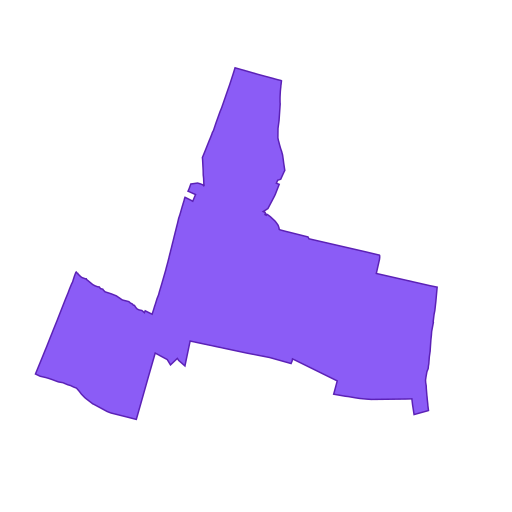 Rediu, Galati, Romania, rotated 100°
{"feature_id": "2599482B99590991527572", "entity_name": "Rediu", "entity_type": "district", "adm_level": 2, "iso_a3": "ROU", "parent_name": "Romania", "parent_adm1": "Galati", "projection": "robinson", "projection_center": [27.841, 45.712], "detail": "fine", "context": "isolated", "style": "filled", "palette": "violet", "viewbox_px": 512, "rotation_deg": 100, "n_neighbors": 0, "source": "geoboundaries", "source_scale": "gbopen_adm2", "svg_char_len": 5342}
<svg xmlns="http://www.w3.org/2000/svg" viewBox="0 0 512 512"><g transform="rotate(100 256 256)"><path d="M363.1,442.6L368.0,443.6L372.2,444.5L378.6,445.8L382.5,446.6L385.1,447.2L393.1,448.9L410.5,452.7L411.9,447.7L412.2,441.8L412.5,439.1L413.1,435.2L414.0,430.5L414.3,428.8L414.3,425.6L414.3,424.0L414.8,422.1L415.5,418.9L415.8,416.0L416.2,414.7L416.7,412.9L417.3,409.8L419.8,406.7L422.3,404.0L425.2,400.0L426.0,398.6L428.4,394.0L430.0,391.0L430.1,390.3L434.7,376.5L435.0,375.6L435.5,373.1L435.8,371.5L437.0,354.7L437.7,345.5L423.1,344.0L394.5,341.1L369.1,338.4L373.4,325.4L378.1,321.3L370.5,315.7L371.2,315.0L372.2,314.1L376.6,306.9L376.4,306.9L351.2,306.1L352.9,257.1L353.2,248.6L353.6,225.0L355.8,202.8L353.1,202.2L351.0,202.2L352.0,198.6L360.4,169.8L364.9,154.3L378.6,155.5L378.6,143.6L378.4,140.6L378.4,133.9L378.3,129.1L377.7,122.0L377.2,117.4L370.7,82.9L369.6,77.7L375.6,75.9L377.6,75.2L384.7,72.8L378.5,59.8L378.2,59.3L372.7,61.0L372.4,61.0L367.6,62.4L365.0,63.1L363.7,63.5L356.8,65.3L354.4,65.8L351.3,66.9L348.8,67.5L345.8,67.6L340.1,67.6L339.8,67.5L337.9,67.1L337.5,67.0L336.6,66.9L334.6,67.1L332.2,67.1L325.2,67.8L319.1,68.0L318.6,68.1L308.3,69.2L303.7,69.5L299.8,69.9L290.4,69.8L290.1,70.1L284.7,70.4L282.4,70.5L278.8,70.4L269.4,71.0L255.2,72.2L255.0,80.0L254.5,90.0L252.3,134.5L237.9,133.8L236.1,133.9L234.4,134.2L234.1,134.3L233.7,134.6L232.8,149.7L229.9,206.1L229.9,206.8L228.2,208.1L226.9,226.2L226.6,230.8L226.1,236.7L225.8,237.7L224.2,238.3L222.3,239.3L221.5,239.9L219.2,242.3L218.1,243.6L217.4,244.7L214.8,248.7L213.3,251.7L213.0,252.7L214.1,253.0L213.7,254.3L213.1,254.1L211.9,254.4L211.4,254.7L211.3,255.2L211.0,256.6L207.2,252.5L194.1,248.3L191.9,247.7L181.4,245.6L180.8,248.6L177.6,247.8L176.1,245.0L168.3,243.0L166.7,242.5L159.9,244.8L157.0,245.7L152.4,247.2L151.8,247.4L150.1,248.2L148.4,249.0L146.3,250.2L145.3,250.7L142.2,252.2L140.4,253.0L138.3,254.0L137.3,254.4L136.3,254.8L135.7,255.0L133.8,255.3L131.4,255.7L127.1,256.4L126.5,256.5L118.8,256.8L102.0,258.6L100.5,259.0L96.7,259.7L94.7,260.0L88.9,260.7L88.5,260.7L87.4,260.8L85.9,260.9L85.5,260.9L83.8,261.1L83.0,261.1L79.6,261.3L79.1,261.3L79.0,261.5L78.9,261.6L78.8,262.2L78.6,265.4L78.3,268.6L76.8,285.4L74.3,309.3L81.3,310.2L92.0,311.7L95.6,312.3L97.4,312.6L109.3,314.5L113.6,315.2L116.1,315.6L120.2,316.5L124.8,317.3L127.2,317.7L131.8,318.5L139.9,319.7L141.9,320.4L143.3,320.6L144.2,320.7L144.3,320.8L144.6,320.8L145.1,320.9L145.3,321.0L145.6,321.0L145.8,321.1L146.0,321.1L146.3,321.2L146.5,321.2L146.8,321.3L147.0,321.3L147.6,321.4L147.7,321.5L147.8,321.5L148.1,321.6L148.4,321.6L148.5,321.6L149.0,321.8L149.4,321.8L149.5,321.9L154.3,322.9L161.5,324.4L165.7,325.3L167.9,325.8L168.4,325.9L169.0,325.7L170.5,325.3L180.9,322.9L185.5,322.0L188.5,321.1L194.4,319.8L195.5,319.4L195.9,319.6L195.5,320.1L195.2,320.6L194.6,323.3L194.3,326.2L196.4,332.7L201.1,333.5L204.0,334.2L206.0,326.2L213.1,327.8L212.4,329.7L210.5,336.1L210.9,336.2L211.3,336.2L211.6,336.3L212.6,336.4L213.1,336.4L214.1,336.5L214.8,336.6L215.5,336.7L216.7,336.8L217.0,336.9L218.3,337.0L218.6,337.0L218.9,337.1L219.2,337.1L219.7,337.2L220.6,337.3L220.8,337.3L221.0,337.3L221.6,337.4L226.5,337.9L228.1,338.1L229.4,338.2L229.5,338.3L230.4,338.4L232.1,338.7L238.0,339.0L238.6,339.1L238.9,339.1L239.0,339.1L239.3,339.1L239.5,339.1L239.9,339.2L240.0,339.2L240.5,339.2L240.8,339.2L241.0,339.2L241.1,339.3L241.6,339.3L241.8,339.3L242.1,339.3L242.6,339.4L242.8,339.4L243.6,339.4L243.9,339.4L244.1,339.5L244.3,339.5L244.5,339.5L244.8,339.5L245.1,339.5L245.3,339.5L245.6,339.6L245.9,339.6L246.1,339.6L246.8,339.7L247.2,339.7L247.3,339.7L247.6,339.7L248.0,339.7L248.3,339.8L248.6,339.8L248.9,339.8L249.3,339.8L249.8,339.9L250.0,339.9L250.5,339.9L251.2,340.0L251.6,340.0L251.9,340.0L252.3,340.0L252.6,340.1L252.8,340.1L253.6,340.1L253.9,340.1L254.0,340.1L254.3,340.2L254.5,340.2L254.8,340.2L255.0,340.2L255.3,340.2L255.9,340.3L256.1,340.3L256.3,340.3L256.6,340.3L256.8,340.3L257.0,340.4L257.4,340.4L257.9,340.4L258.3,340.4L258.5,340.5L258.9,340.5L259.3,340.5L259.5,340.5L260.0,340.6L260.3,340.6L260.6,340.6L261.1,340.6L261.5,340.7L261.9,340.7L262.2,340.7L262.4,340.7L262.6,340.7L263.4,340.8L264.6,340.9L265.0,340.9L265.5,341.0L265.9,341.0L266.2,341.0L266.5,341.0L266.8,341.0L267.6,341.1L268.2,341.1L268.4,341.1L268.5,341.2L268.9,341.2L269.5,341.2L269.9,341.3L270.0,341.3L270.3,341.3L270.9,341.3L271.3,341.4L271.6,341.4L272.7,341.4L273.5,341.5L273.8,341.5L274.0,341.5L274.3,341.6L274.5,341.6L274.8,341.6L275.3,341.6L275.5,341.6L275.8,341.7L276.0,341.7L276.4,341.7L276.5,341.7L284.2,342.4L285.0,342.4L301.0,344.1L301.6,344.2L301.8,344.2L307.6,344.9L311.1,345.2L315.4,346.1L315.6,346.1L318.7,346.5L320.4,346.7L321.8,346.9L322.3,347.0L323.7,347.2L325.7,347.4L326.1,347.5L326.5,347.5L328.6,347.8L330.6,348.1L331.4,348.2L329.2,355.6L331.2,356.1L329.5,358.9L329.4,361.7L328.9,363.7L327.6,365.4L325.7,367.2L325.8,368.1L324.7,369.5L324.1,371.6L323.0,373.3L322.5,380.0L319.5,386.6L318.4,391.9L317.5,398.4L316.1,400.4L315.3,401.1L315.1,403.5L313.7,404.9L313.8,406.7L313.3,409.4L312.5,411.8L308.6,418.7L307.9,419.2L308.1,419.9L308.0,420.5L307.4,423.8L306.4,425.7L305.7,426.4L305.1,427.8L304.1,428.4L303.8,429.4L303.0,430.3L303.5,430.6L307.2,431.3L310.8,431.8L313.4,432.1L315.3,432.7L320.7,433.9L325.1,434.7L331.4,436.1L352.7,440.4L353.3,440.5L363.1,442.6Z" fill="#8b5cf6" stroke="#5b21b6" stroke-width="1.5"/></g></svg>